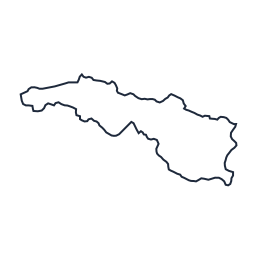 Barra do Rocha, Bahia, Brazil (Robinson projection), rotated 274°
{"feature_id": "56859067B92025314494769", "entity_name": "Barra do Rocha", "entity_type": "district", "adm_level": 2, "iso_a3": "BRA", "parent_name": "Brazil", "parent_adm1": "Bahia", "projection": "robinson", "projection_center": [-39.586, -14.075], "detail": "fine", "context": "isolated", "style": "outline", "palette": "slate", "viewbox_px": 256, "rotation_deg": 274, "n_neighbors": 0, "source": "geoboundaries", "source_scale": "gbopen_adm2", "svg_char_len": 2433}
<svg xmlns="http://www.w3.org/2000/svg" viewBox="0 0 256 256"><g transform="rotate(274 128 128)"><path d="M161.2,40.0L161.0,36.9L161.7,34.7L162.1,31.9L161.8,28.7L159.9,26.2L157.7,25.2L155.9,21.9L154.1,18.6L147.9,20.1L144.6,21.7L143.4,24.6L143.6,27.6L143.4,31.1L140.5,31.8L138.4,32.5L138.4,36.9L139.4,40.7L141.9,42.9L145.0,44.0L147.0,46.6L146.2,49.8L145.4,52.6L147.8,54.0L148.8,56.9L147.2,59.8L146.2,63.2L146.2,66.0L145.5,68.7L144.6,71.7L143.2,74.9L140.0,74.9L137.2,75.7L136.4,79.3L133.5,79.5L132.5,81.3L131.5,84.2L132.0,86.9L133.9,88.0L134.9,90.9L132.8,93.6L132.3,96.2L130.7,98.3L128.6,99.3L126.5,102.3L124.6,104.4L122.1,106.6L120.7,109.5L119.4,112.1L119.2,114.5L119.5,116.7L121.2,119.6L134.3,130.9L133.2,133.2L127.1,136.7L123.6,139.0L125.7,141.1L124.6,143.0L122.7,144.2L122.5,146.4L120.5,147.4L118.7,148.8L118.1,151.7L119.0,154.5L118.1,157.6L116.1,158.7L114.3,159.6L109.2,157.7L106.4,158.1L104.5,158.8L102.7,160.7L101.4,163.0L98.9,165.5L96.9,168.7L94.9,170.5L92.1,170.9L89.5,171.6L88.5,173.6L87.5,176.4L85.8,180.3L85.1,183.3L83.1,184.9L82.2,187.5L80.9,190.5L80.1,192.4L79.6,194.6L79.7,197.2L79.5,199.6L81.1,202.1L82.9,204.6L82.7,207.5L82.0,211.8L83.2,215.0L84.5,218.3L84.7,222.2L83.5,225.0L81.5,227.7L78.2,229.4L77.8,231.9L79.3,233.9L82.3,234.7L85.1,234.7L87.9,236.1L91.3,235.9L92.3,231.6L93.7,228.4L97.0,227.3L99.9,226.9L102.6,227.6L105.4,228.1L107.8,229.0L110.1,230.6L113.3,232.7L115.7,235.5L118.2,237.4L120.7,236.9L122.5,234.8L124.2,232.6L126.8,231.1L130.4,231.1L133.5,232.9L136.7,234.9L139.5,235.5L139.3,233.3L140.1,231.3L141.0,229.1L143.3,227.3L144.9,225.4L145.5,222.9L145.6,219.7L144.4,217.9L142.6,216.5L143.1,213.9L143.1,211.5L143.2,209.0L145.5,208.3L145.6,203.8L144.4,201.6L145.5,199.1L146.2,196.3L147.7,193.1L148.6,190.3L149.7,187.3L150.2,184.9L151.3,182.6L153.9,184.0L156.3,181.9L159.5,180.8L161.2,178.2L162.1,175.6L163.6,172.1L164.8,168.7L163.3,166.8L161.2,165.5L159.7,163.2L157.4,161.0L155.7,157.9L156.5,154.6L158.1,152.8L158.6,150.4L158.4,147.9L157.9,145.5L158.3,142.6L157.7,139.6L158.5,136.3L160.5,132.8L162.0,131.1L162.9,127.8L161.4,125.0L160.3,122.5L161.5,118.8L162.5,115.5L164.4,114.3L166.8,114.5L169.9,112.9L172.1,111.4L173.4,108.8L171.1,106.6L170.7,104.3L172.3,101.8L173.1,97.0L173.2,93.6L173.5,90.2L175.6,88.3L176.3,85.4L175.3,82.6L176.0,80.1L178.2,78.2L175.8,76.3L172.7,75.5L170.0,74.4L169.7,71.0L169.5,68.0L169.3,65.4L168.2,62.6L164.4,52.1L161.2,40.0Z" fill="none" stroke="#1e293b" stroke-width="2"/></g></svg>